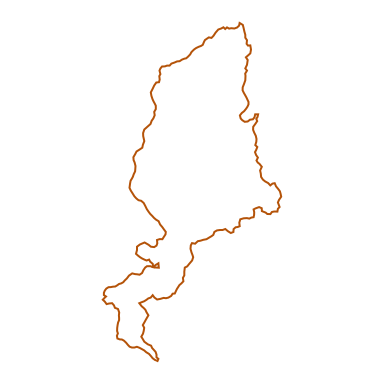 Major Vieira, Santa Catarina, Brazil (Albers equal-area conic projection)
{"feature_id": "56859067B24004829696766", "entity_name": "Major Vieira", "entity_type": "district", "adm_level": 2, "iso_a3": "BRA", "parent_name": "Brazil", "parent_adm1": "Santa Catarina", "projection": "albers", "projection_center": [-50.373, -26.509], "detail": "fine", "context": "isolated", "style": "outline", "palette": "amber", "viewbox_px": 384, "rotation_deg": 0, "n_neighbors": 0, "source": "geoboundaries", "source_scale": "gbopen_adm2", "svg_char_len": 4563}
<svg xmlns="http://www.w3.org/2000/svg" viewBox="0 0 384 384"><path d="M153.4,267.2L150.4,266.2L147.0,266.2L145.2,267.5L143.4,270.1L142.1,273.0L139.6,274.7L137.2,274.3L135.0,274.1L132.2,273.4L129.0,275.6L126.9,278.4L124.6,280.6L123.3,282.2L121.2,283.4L119.0,284.0L117.4,285.2L115.3,286.5L112.9,286.7L110.8,287.1L108.5,287.2L106.3,288.6L104.8,290.6L103.9,292.8L103.9,295.1L106.0,296.5L104.3,298.1L102.8,299.7L104.8,301.6L106.6,304.1L109.1,303.5L112.1,303.2L114.0,305.4L114.9,307.8L118.0,309.0L119.2,312.5L118.9,315.4L119.1,317.8L119.1,320.1L118.1,322.5L117.6,325.0L117.2,327.9L117.1,331.0L117.9,333.4L116.9,335.8L117.4,338.5L119.8,339.4L121.9,339.5L123.9,340.6L126.1,342.7L127.9,344.9L129.6,346.7L131.8,347.5L134.5,347.5L136.9,346.8L139.5,347.8L141.7,349.0L144.2,350.4L146.2,352.2L149.0,353.9L151.3,356.5L152.6,358.2L154.9,359.9L157.5,361.0L158.4,358.9L156.5,357.3L156.5,354.6L155.6,351.9L154.2,350.3L152.1,348.0L151.1,345.7L147.8,344.3L144.3,341.7L142.8,339.1L141.3,336.7L143.0,333.7L143.7,331.0L144.2,327.8L142.8,325.1L144.6,322.0L145.9,319.6L147.0,317.7L148.4,315.3L146.6,312.4L145.4,309.8L143.6,307.9L141.7,306.3L139.3,303.2L141.7,302.2L144.1,301.3L146.5,299.8L148.3,298.4L150.7,297.6L152.7,295.2L154.4,297.5L157.1,299.5L160.3,298.9L163.6,297.9L166.0,298.2L168.4,297.6L171.2,295.9L172.6,293.7L174.8,293.5L175.8,291.3L176.9,289.0L178.2,287.0L179.4,285.1L181.4,283.4L183.4,281.3L182.9,277.9L184.3,275.4L184.3,271.7L184.8,267.6L187.2,266.4L189.2,263.9L192.1,260.5L193.2,257.2L192.5,255.0L191.5,252.4L190.5,248.8L190.8,245.4L192.0,243.1L195.1,243.7L197.8,241.2L200.5,240.7L203.3,239.8L206.5,239.2L209.3,237.5L211.5,236.2L213.3,234.9L214.4,231.9L217.0,230.4L220.0,230.0L222.6,230.0L225.3,229.0L227.9,231.2L230.8,233.0L233.4,232.0L233.6,229.1L235.6,227.3L237.7,227.0L239.7,226.2L239.3,222.7L240.3,219.3L243.7,218.3L246.9,218.1L249.3,218.6L251.3,217.6L253.6,217.2L254.1,214.9L254.2,212.0L253.6,209.4L255.5,208.4L259.1,207.1L261.7,208.2L261.9,211.1L263.9,211.9L265.7,212.6L267.3,214.0L270.4,214.1L271.9,212.0L274.2,211.5L277.4,211.6L277.9,208.8L279.6,207.0L278.7,204.6L277.9,202.5L279.0,199.9L281.2,196.7L280.6,193.8L279.9,191.3L278.3,189.1L276.0,186.3L274.7,183.2L272.5,183.6L270.3,185.4L268.2,183.1L265.1,181.4L262.9,179.6L261.1,176.9L260.8,173.6L260.1,170.5L261.8,166.8L259.5,163.9L257.7,162.5L256.5,160.5L257.9,157.6L256.1,155.0L255.0,152.1L256.1,150.1L257.3,147.0L255.3,145.1L256.3,141.8L256.5,139.0L255.8,135.8L254.2,132.6L253.1,129.8L253.2,126.8L255.4,123.8L257.2,121.1L256.3,118.9L257.5,117.0L258.1,114.3L255.2,114.3L254.5,117.3L252.9,119.3L250.0,119.7L247.7,121.5L244.7,121.8L242.3,120.2L240.7,118.5L239.9,115.4L241.8,113.0L244.1,111.2L246.2,108.6L247.5,106.6L248.5,104.4L248.5,101.9L247.5,99.8L246.5,97.6L245.4,95.6L243.8,92.8L242.6,90.3L242.7,87.3L244.0,84.0L245.3,80.3L245.5,75.8L245.2,73.6L247.0,70.6L245.3,68.4L247.0,64.8L247.7,60.0L245.9,57.3L248.2,55.3L250.3,53.4L251.0,49.6L250.3,45.4L248.0,45.6L246.6,43.8L247.0,40.2L245.3,37.7L245.3,34.8L244.4,31.6L243.6,28.0L242.8,24.9L239.6,23.0L239.1,25.6L237.1,27.5L234.4,28.5L231.2,28.2L229.1,28.6L227.0,27.4L225.2,29.0L223.4,27.3L221.2,28.5L218.3,29.5L215.6,32.6L213.5,35.8L211.5,37.9L208.8,37.4L206.9,38.7L204.9,40.1L203.9,42.1L202.8,44.8L201.1,45.9L198.7,46.8L196.2,48.0L194.3,49.3L192.7,50.8L191.3,52.3L190.2,54.4L188.0,56.7L186.2,58.3L184.3,58.7L182.0,59.6L179.6,61.2L177.1,61.4L174.6,62.5L171.4,63.6L169.6,65.6L167.0,65.6L164.9,66.4L162.0,66.5L160.4,68.5L159.5,70.6L160.4,74.1L159.3,76.1L159.7,79.5L159.0,82.2L156.3,82.5L154.2,85.5L152.5,89.1L150.8,92.4L151.4,95.8L152.5,99.1L153.6,101.5L154.7,103.5L155.8,105.7L155.8,109.1L154.2,111.9L154.7,115.2L153.3,118.5L151.7,120.7L150.5,124.0L147.9,126.3L144.3,129.5L143.1,133.1L143.2,136.1L144.3,141.1L142.9,144.8L142.3,147.7L139.5,149.6L136.5,151.5L135.2,154.1L133.4,157.2L133.6,160.1L134.6,162.4L135.5,166.0L135.3,169.0L135.1,171.4L133.7,174.3L132.9,176.7L131.9,178.6L130.6,180.7L130.1,183.3L129.5,187.8L130.8,190.6L132.9,193.9L134.4,196.3L136.3,198.4L138.5,200.2L141.2,200.8L143.7,203.0L145.3,206.0L146.8,209.1L148.7,211.9L150.2,213.9L152.3,216.0L154.0,217.9L156.1,219.7L158.6,221.2L160.1,224.5L162.3,227.1L164.0,229.5L165.8,231.9L165.5,234.4L163.9,236.8L162.4,239.2L159.7,239.1L157.0,240.0L157.3,243.3L156.5,245.6L154.2,247.1L150.9,246.7L148.6,244.8L144.6,242.5L142.2,243.5L139.9,244.5L137.0,246.7L137.0,250.1L136.0,253.8L138.0,255.6L140.2,257.3L142.1,258.5L144.6,259.7L146.6,260.5L149.1,259.6L150.2,261.7L152.7,263.8L153.4,267.2ZM153.4,267.2L155.3,265.2L158.4,263.3L158.8,267.7L155.5,267.5L153.4,267.2Z" fill="none" stroke="#b45309" stroke-width="2"/></svg>